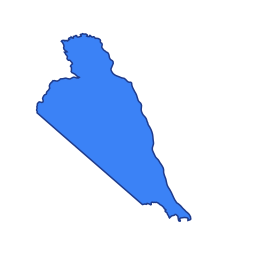 outline of Boa Vista, Roraima, Brazil, rotated 311°
{"feature_id": "56859067B27069997070739", "entity_name": "Boa Vista", "entity_type": "district", "adm_level": 2, "iso_a3": "BRA", "parent_name": "Brazil", "parent_adm1": "Roraima", "projection": "equal_earth", "projection_center": [-60.644, 3.017], "detail": "fine", "context": "isolated", "style": "filled", "palette": "blue", "viewbox_px": 256, "rotation_deg": 311, "n_neighbors": 0, "source": "geoboundaries", "source_scale": "gbopen_adm2", "svg_char_len": 5220}
<svg xmlns="http://www.w3.org/2000/svg" viewBox="0 0 256 256"><g transform="rotate(311 128 128)"><path d="M79.8,49.4L79.7,75.8L79.7,78.1L79.7,80.5L79.7,81.8L79.7,91.3L79.7,93.2L79.7,145.3L79.7,146.8L79.7,147.8L79.7,155.8L79.7,161.4L79.7,162.4L79.7,189.1L80.7,189.9L81.8,190.6L82.1,191.3L82.3,191.8L82.9,192.1L83.4,191.8L83.8,192.1L84.3,193.2L84.7,194.2L84.8,195.2L85.0,195.6L85.5,195.7L85.9,195.4L86.4,194.8L86.8,194.6L87.4,194.6L87.8,194.9L88.2,195.3L88.5,196.1L89.1,196.5L89.7,197.4L90.6,198.2L90.9,199.0L91.2,200.4L91.2,202.6L91.4,203.3L91.5,204.1L91.6,204.6L91.5,206.0L91.5,206.8L91.3,207.5L91.0,208.1L90.9,208.9L91.2,209.8L91.0,210.4L89.7,210.4L89.4,211.2L89.6,213.0L88.9,214.2L88.4,215.8L87.9,217.1L87.4,217.8L87.4,218.4L88.0,218.3L88.7,218.5L89.7,218.5L90.4,218.7L90.9,219.0L91.2,219.2L92.1,219.9L92.7,220.2L93.7,220.3L94.1,220.8L94.2,222.0L94.1,223.6L93.7,224.1L93.2,224.6L91.6,226.6L91.3,227.1L91.4,227.7L91.6,228.2L92.0,228.5L92.4,228.3L92.7,227.8L92.9,227.0L93.6,226.5L94.3,226.6L95.4,227.4L95.9,227.9L97.3,229.1L98.5,230.7L99.0,231.6L99.1,232.1L99.0,232.7L98.7,233.1L97.8,233.5L97.5,233.9L98.2,234.3L99.4,235.0L99.9,235.2L100.5,235.1L101.1,234.4L101.5,233.9L101.9,233.6L102.3,232.5L102.6,231.9L103.0,230.3L103.1,228.5L103.0,226.5L103.2,224.8L103.3,222.3L103.8,218.7L103.8,216.0L103.5,213.7L103.9,212.5L104.5,210.3L105.5,207.9L107.8,202.9L108.8,200.2L109.5,197.8L110.1,196.1L111.0,194.4L111.8,193.3L114.2,190.1L116.3,186.2L117.6,184.3L118.4,183.5L119.6,182.5L120.3,181.7L121.0,180.6L121.8,178.5L122.4,176.4L122.8,174.7L123.3,173.4L123.8,171.7L124.0,169.0L124.1,168.3L124.3,167.5L125.0,165.9L125.9,163.9L126.1,163.4L126.6,162.4L127.2,161.1L128.1,160.1L129.3,159.2L132.7,157.7L133.3,157.2L134.0,156.5L135.4,154.9L138.0,152.2L139.4,150.6L140.6,148.8L141.8,146.6L142.8,144.1L143.8,140.9L144.7,139.7L145.0,139.1L145.4,138.2L146.1,137.1L146.8,136.0L147.4,134.2L147.8,131.0L148.1,129.9L148.5,129.0L149.0,127.9L149.5,127.1L150.3,126.1L150.9,125.6L152.3,124.6L153.8,123.5L154.3,122.8L154.6,122.3L154.8,121.8L155.0,121.2L155.1,119.0L155.3,118.2L155.4,117.7L158.5,112.7L159.2,111.1L159.9,109.0L161.3,105.5L161.8,104.5L162.5,103.3L163.1,102.5L163.9,101.7L164.3,101.2L164.4,100.4L164.1,99.7L163.3,98.9L163.0,98.2L162.8,97.2L163.0,94.8L163.1,94.2L163.0,93.4L163.0,92.7L162.8,92.2L162.4,91.6L161.7,90.3L161.4,89.4L161.2,88.9L161.0,88.2L160.3,86.3L159.7,84.6L159.4,83.2L159.3,82.1L159.3,81.0L159.5,80.1L160.0,78.4L160.7,77.1L161.1,76.7L161.4,76.4L166.4,74.7L167.0,74.5L167.8,73.7L168.2,73.3L168.5,72.2L168.3,70.6L168.2,69.9L168.4,69.1L168.6,68.5L168.9,67.9L169.6,67.0L170.6,65.7L171.2,64.6L171.5,63.6L171.5,62.9L171.2,62.4L171.1,61.9L171.1,61.0L171.1,60.5L170.9,59.0L170.9,58.3L171.1,57.4L171.3,56.7L171.5,55.7L171.8,55.1L173.9,53.9L174.7,52.8L174.5,51.2L175.3,50.2L175.9,49.9L176.3,49.2L176.3,48.4L176.2,47.4L175.9,46.6L175.1,45.5L174.8,45.0L174.2,44.5L174.4,43.6L174.5,43.0L174.5,42.5L174.1,41.9L173.4,41.6L173.0,41.0L172.9,40.1L173.1,39.3L173.0,38.7L172.6,38.3L171.9,38.9L171.5,38.8L170.5,37.4L170.3,36.6L171.1,36.6L171.5,36.1L171.3,34.5L170.3,33.5L169.9,33.0L169.3,31.7L168.3,31.6L167.7,30.9L167.1,30.9L167.1,31.8L166.6,32.4L164.6,31.3L164.2,31.0L163.8,30.6L163.5,30.0L163.4,29.4L164.0,28.6L163.5,27.9L162.3,27.6L161.3,26.8L160.1,27.7L159.7,27.6L159.5,26.8L159.4,25.3L158.6,25.7L158.1,25.0L157.7,24.8L156.9,24.5L156.2,24.7L155.8,25.0L156.1,25.6L155.5,25.5L155.0,25.2L154.5,25.4L153.9,25.2L153.6,24.0L153.1,23.6L152.8,23.2L152.3,23.2L152.3,22.5L151.9,21.9L151.2,21.2L150.8,20.9L150.3,20.8L149.7,20.8L149.7,21.4L149.5,22.4L149.4,23.0L149.1,23.5L148.9,24.1L148.7,24.7L148.4,25.2L147.9,25.8L147.5,26.2L147.1,26.4L146.5,26.6L146.1,27.0L145.9,27.5L145.5,27.9L145.5,28.8L145.3,29.3L145.2,30.2L145.5,30.9L145.6,31.4L145.5,32.0L143.5,30.3L143.3,31.1L143.2,31.8L142.8,32.5L142.6,33.1L142.7,33.7L142.5,34.4L142.2,35.4L141.8,35.6L141.2,36.0L140.3,36.5L140.1,37.2L140.0,38.1L140.0,38.6L140.7,39.3L141.0,40.1L140.8,41.1L140.6,42.9L140.3,43.6L139.8,44.0L139.1,43.7L138.4,43.8L137.6,43.9L136.9,44.0L136.7,44.7L136.7,45.4L136.1,46.1L135.4,46.5L134.9,47.1L134.4,47.4L133.9,47.9L133.5,47.9L133.2,48.5L133.0,49.3L133.3,49.9L133.4,51.0L133.8,52.1L133.8,52.8L133.8,54.0L133.8,54.6L133.7,55.3L133.7,56.5L134.0,57.0L134.3,58.0L133.6,57.9L133.2,57.7L132.6,57.0L132.1,56.4L131.8,55.7L131.5,54.9L131.2,54.3L130.9,53.9L130.4,53.4L127.6,52.3L127.0,52.0L126.4,51.4L125.8,50.3L125.5,49.8L125.2,49.0L124.8,48.3L124.0,47.6L123.5,47.3L122.5,46.5L121.9,46.0L121.0,45.0L120.5,44.7L120.0,44.8L119.3,44.7L118.3,44.4L117.9,44.2L117.2,44.0L116.8,43.6L116.1,42.5L115.6,41.5L115.1,41.0L114.7,40.8L114.5,40.3L114.0,40.3L113.1,40.3L112.2,40.4L111.7,40.2L111.1,40.2L110.5,40.2L109.8,40.3L108.9,40.7L108.3,40.9L107.6,41.6L107.2,42.1L106.7,42.8L105.7,42.9L104.9,43.1L104.4,43.1L103.8,43.1L103.0,43.0L102.4,43.0L101.5,43.1L100.4,44.0L100.0,44.1L99.5,43.8L98.9,43.6L98.2,43.3L97.8,43.3L97.1,43.3L95.8,43.6L94.9,43.9L94.2,44.2L93.9,44.7L93.6,45.1L93.3,45.6L92.9,46.2L92.0,46.7L91.3,46.5L90.7,46.2L90.4,45.5L89.5,43.9L89.0,43.7L88.4,43.7L87.2,43.6L86.7,43.8L86.3,44.1L85.9,44.4L85.6,44.8L85.0,44.9L84.6,45.1L84.2,45.3L83.7,45.9L83.3,46.4L82.2,46.9L81.6,47.2L81.3,47.7L81.0,48.4L80.8,48.8L80.4,49.1L79.8,49.4Z" fill="#3b82f6" stroke="#1e3a8a" stroke-width="1.5"/></g></svg>